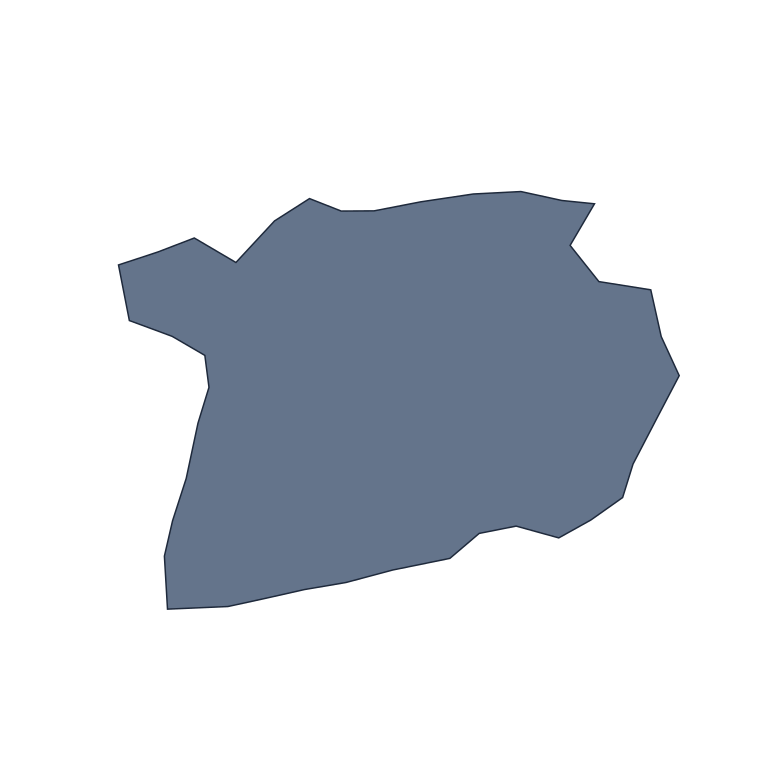 outline of São Caetano do Sul, São Paulo, Brazil, rotated 249°
{"feature_id": "56859067B69801907624769", "entity_name": "São Caetano do Sul", "entity_type": "district", "adm_level": 2, "iso_a3": "BRA", "parent_name": "Brazil", "parent_adm1": "São Paulo", "projection": "albers", "projection_center": [-46.565, -23.625], "detail": "fine", "context": "isolated", "style": "filled", "palette": "slate", "viewbox_px": 768, "rotation_deg": 249, "n_neighbors": 0, "source": "geoboundaries", "source_scale": "gbopen_adm2", "svg_char_len": 663}
<svg xmlns="http://www.w3.org/2000/svg" viewBox="0 0 768 768"><g transform="rotate(249 384 384)"><path d="M590.3,178.8L534.5,169.0L504.4,203.3L474.9,227.0L443.6,219.4L414.1,196.3L366.7,165.5L332.1,137.6L302.0,117.3L251.4,101.2L232.2,158.5L226.4,196.3L220.6,236.1L212.3,277.4L207.2,325.6L197.6,383.0L210.4,419.3L204.0,456.4L177.7,492.0L182.9,528.4L192.5,566.1L220.0,587.8L254.6,626.9L286.0,662.6L328.9,659.8L376.3,666.8L402.6,621.3L446.7,607.4L476.8,645.1L491.6,615.8L514.6,580.8L529.4,535.4L540.9,483.6L549.2,436.8L560.8,406.0L583.8,380.9L575.5,340.3L550.5,289.3L588.3,259.2L588.3,220.1L590.3,178.8Z" fill="#64748b" stroke="#1e293b" stroke-width="1.5"/></g></svg>